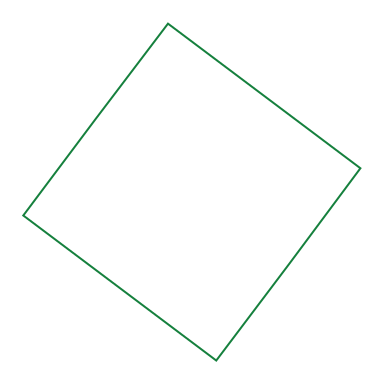 Lake, South Dakota, United States of America, rotated 127°
{"feature_id": "52423323B90416567000763", "entity_name": "Lake", "entity_type": "district", "adm_level": 2, "iso_a3": "USA", "parent_name": "United States of America", "parent_adm1": "South Dakota", "projection": "mercator", "projection_center": [-97.164, 44.022], "detail": "fine", "context": "isolated", "style": "outline", "palette": "green", "viewbox_px": 384, "rotation_deg": 127, "n_neighbors": 0, "source": "geoboundaries", "source_scale": "gbopen_adm2", "svg_char_len": 244}
<svg xmlns="http://www.w3.org/2000/svg" viewBox="0 0 384 384"><g transform="rotate(127 192 192)"><path d="M72.0,312.5L192.2,312.9L312.3,312.6L312.0,71.2L191.9,71.1L71.7,71.8L72.0,312.5Z" fill="none" stroke="#15803d" stroke-width="2"/></g></svg>